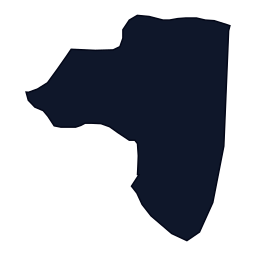 outline of Dojran
{"feature_id": "MKD-3000", "entity_name": "Dojran", "entity_type": "Statistical Region", "adm_level": 1, "iso_a3": "MKD", "parent_name": "North Macedonia", "parent_adm1": "", "projection": "natural_earth1", "projection_center": [22.654, 41.217], "detail": "fine", "context": "isolated", "style": "filled", "palette": "ink", "viewbox_px": 256, "rotation_deg": 0, "n_neighbors": 0, "source": "natural_earth", "source_scale": "10m", "svg_char_len": 770}
<svg xmlns="http://www.w3.org/2000/svg" viewBox="0 0 256 256"><path d="M229.9,25.7L228.6,30.8L223.8,146.2L212.8,202.5L199.5,232.0L186.9,240.6L171.7,233.5L151.1,215.9L142.1,204.4L136.9,193.1L131.5,186.2L138.9,174.8L137.5,174.5L137.9,166.7L138.3,155.8L137.5,143.6L134.8,140.2L129.3,140.2L118.2,132.8L109.6,126.7L101.0,123.6L92.0,123.2L85.0,123.2L80.8,125.4L75.7,127.1L69.8,127.1L60.8,127.1L54.2,125.8L47.9,116.2L43.2,110.6L34.9,107.1L28.3,100.2L26.1,92.1L28.5,92.3L37.4,89.1L47.5,82.8L57.2,69.5L66.1,56.8L71.2,49.3L95.5,50.4L113.2,49.9L119.9,46.7L122.9,38.2L122.9,29.7L129.3,20.1L137.3,15.4L149.1,16.5L163.1,20.1L169.3,20.1L177.8,18.6L185.9,18.0L196.4,18.0L205.3,20.1L214.2,20.7L227.5,24.9L229.2,25.5L229.9,25.7Z" fill="#0f172a" stroke="#020617" stroke-width="1.5"/></svg>